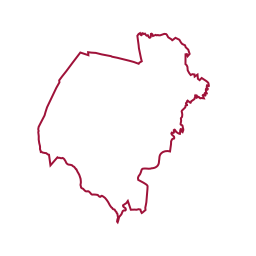 outline of Dagda, Dagdas, Latvia, rotated 72°
{"feature_id": "27541924B81677666502993", "entity_name": "Dagda", "entity_type": "district", "adm_level": 2, "iso_a3": "LVA", "parent_name": "Latvia", "parent_adm1": "Dagdas", "projection": "equal_earth", "projection_center": [27.535, 56.098], "detail": "fine", "context": "isolated", "style": "outline", "palette": "rose", "viewbox_px": 256, "rotation_deg": 72, "n_neighbors": 0, "source": "geoboundaries", "source_scale": "gbopen_adm2", "svg_char_len": 5728}
<svg xmlns="http://www.w3.org/2000/svg" viewBox="0 0 256 256"><g transform="rotate(72 128 128)"><path d="M123.8,218.3L123.8,217.7L124.8,217.0L125.8,215.3L126.7,213.5L128.4,212.4L129.0,211.4L139.6,213.3L134.1,204.2L134.6,203.8L134.8,203.6L134.9,203.1L135.3,202.1L135.6,201.7L135.9,201.3L136.1,200.9L136.2,200.3L136.3,200.1L136.3,199.4L137.3,198.6L138.1,198.2L138.8,198.1L139.6,197.8L142.4,197.4L143.1,197.0L143.7,196.7L144.4,195.9L145.3,194.0L146.2,192.7L147.1,192.3L147.7,191.8L148.3,191.2L150.2,190.5L151.0,190.3L151.2,189.9L151.5,189.8L152.2,189.8L154.2,189.5L155.5,189.2L156.7,189.0L156.9,188.9L158.1,188.8L159.6,188.8L160.7,188.8L161.7,188.8L163.6,189.2L164.4,189.4L165.1,189.6L166.0,190.0L167.3,190.7L167.5,190.8L167.8,190.8L168.4,190.8L169.3,190.9L169.7,191.0L169.9,190.9L170.4,190.9L170.7,190.8L170.8,190.7L171.0,190.5L171.3,190.2L171.6,189.8L172.0,189.5L172.3,189.3L172.8,189.1L173.6,188.7L174.4,188.3L174.6,188.1L174.8,188.0L175.0,187.8L175.2,187.6L175.4,187.1L175.5,186.9L175.6,186.7L175.7,186.4L175.7,186.2L175.7,185.8L175.7,185.7L175.8,185.5L175.9,185.4L176.0,185.2L176.3,184.9L176.7,184.6L177.5,184.2L178.1,183.9L179.2,183.5L179.4,183.4L179.6,183.3L179.8,183.1L180.1,182.9L180.2,182.7L180.3,182.5L180.5,181.8L180.7,181.2L180.8,180.7L181.1,180.1L181.3,179.5L181.6,178.9L182.3,177.5L183.8,176.8L184.1,176.6L184.4,176.4L184.6,176.2L184.8,175.9L184.9,175.5L184.8,175.1L184.5,174.7L184.3,174.4L184.3,174.2L184.5,173.7L185.0,173.2L185.6,172.7L187.3,171.5L188.0,171.2L190.1,170.4L192.2,169.8L194.3,169.4L195.1,169.3L195.9,169.1L196.7,168.9L197.6,168.6L198.6,168.2L199.1,167.7L199.9,167.6L200.4,167.4L200.7,167.1L201.4,166.0L201.8,165.9L203.4,165.5L204.0,165.2L204.3,165.0L205.5,165.0L206.1,164.6L210.2,165.2L210.7,165.4L211.1,165.9L212.2,166.6L212.6,166.7L212.8,166.9L213.3,167.2L213.7,167.3L214.5,167.0L213.6,166.3L209.9,163.9L208.1,161.0L205.4,158.7L205.1,157.5L205.6,156.1L205.2,155.4L204.6,155.2L203.6,155.2L201.6,156.6L200.6,156.8L200.0,156.6L198.8,152.5L197.5,151.0L197.3,150.7L206.6,150.6L207.6,147.1L208.4,145.0L208.5,143.0L209.4,141.4L210.9,141.5L211.8,141.4L212.7,141.3L213.1,141.2L212.9,140.4L211.4,136.7L209.2,136.2L206.9,134.9L204.3,133.5L191.9,128.3L189.5,127.4L189.2,127.4L188.8,127.4L188.3,127.6L188.0,127.7L187.8,127.8L186.7,128.6L184.8,130.2L180.5,134.3L178.7,134.0L177.9,133.5L177.0,132.7L176.4,131.9L175.9,131.1L175.5,130.7L174.6,129.9L173.6,129.1L172.2,128.2L171.9,127.8L171.4,127.2L171.3,126.8L171.3,126.4L171.5,125.4L171.9,124.0L172.4,122.7L172.9,121.5L173.2,120.7L173.4,119.9L173.6,119.1L173.6,118.1L173.9,116.8L174.0,115.5L174.0,114.7L173.9,113.8L173.5,112.5L173.3,112.0L173.0,111.5L172.6,111.0L172.3,110.6L171.7,110.1L171.0,109.6L170.0,109.1L168.8,108.6L167.6,108.0L165.7,107.2L164.7,106.7L163.6,105.9L162.6,104.7L162.1,103.6L161.7,102.4L161.6,101.1L161.6,99.9L161.7,99.3L162.2,97.3L163.3,95.3L156.7,92.1L154.0,91.1L152.5,89.7L152.1,89.0L152.3,87.6L151.8,87.1L150.5,86.9L149.2,87.5L148.1,88.2L147.5,88.4L146.5,88.4L145.9,87.7L146.5,86.8L146.7,86.1L146.1,85.5L145.4,85.3L144.2,85.1L143.9,84.4L144.2,84.0L145.4,83.6L146.4,83.5L148.5,81.9L149.4,80.9L149.6,80.4L146.5,79.1L145.5,78.4L145.3,78.2L145.4,77.9L145.6,77.7L145.9,77.7L147.1,78.2L147.8,78.1L148.8,77.4L147.3,76.2L146.3,75.8L144.5,75.7L143.1,75.5L142.5,75.5L142.2,75.6L141.5,76.4L141.1,76.7L140.6,76.8L137.5,75.2L137.0,75.1L135.4,74.8L135.0,74.6L134.4,73.5L133.4,72.8L131.9,72.2L130.0,71.9L129.0,71.9L128.6,71.7L128.1,71.3L126.1,67.2L124.5,66.3L124.3,65.7L124.5,65.0L124.5,64.8L124.0,64.7L123.5,65.0L122.7,65.3L122.3,65.2L121.2,63.2L120.7,63.4L120.4,62.8L122.9,61.2L123.3,60.7L122.0,59.4L121.9,58.8L121.0,55.9L119.9,55.2L119.6,54.7L119.3,54.5L118.7,54.3L118.3,54.3L118.0,54.2L117.9,54.1L118.2,54.0L119.9,53.9L120.2,53.7L119.8,53.3L118.2,52.9L118.2,52.7L119.2,52.4L119.5,52.4L119.9,52.6L120.2,52.7L120.3,52.6L120.4,52.3L120.4,52.0L120.3,51.6L120.2,51.3L120.5,51.0L120.9,50.7L121.5,50.5L121.9,50.3L122.1,50.1L122.1,49.2L122.9,47.4L123.1,47.0L123.3,46.6L123.2,46.6L122.2,46.9L121.3,46.6L121.1,46.6L120.7,46.7L120.2,46.9L119.9,46.7L119.8,46.4L119.8,46.2L120.0,45.9L120.2,45.6L120.7,44.8L121.0,44.6L121.0,44.4L120.9,44.3L120.5,44.3L120.1,44.5L119.6,44.8L119.4,44.8L119.0,44.5L118.7,44.3L118.5,44.1L118.5,43.9L118.9,43.3L119.5,42.7L119.5,42.4L119.3,42.4L118.9,42.4L118.2,42.5L117.3,42.6L116.0,42.2L115.3,42.0L115.0,41.8L115.0,41.6L115.5,41.2L116.1,40.8L116.1,40.6L115.9,40.3L115.6,40.1L115.4,40.0L115.0,40.1L114.2,40.5L113.7,40.6L113.0,40.3L112.4,40.0L111.8,39.7L111.9,39.4L112.3,39.0L113.0,38.5L113.1,38.3L113.0,38.1L111.3,37.8L110.0,37.7L109.2,38.0L107.7,38.9L103.2,42.5L104.6,45.1L102.8,46.3L98.7,45.4L99.7,48.7L97.6,48.3L96.7,50.2L97.0,52.0L94.7,52.8L91.6,53.4L88.3,52.6L86.5,52.8L85.0,53.6L75.7,50.5L75.9,49.2L78.2,49.1L76.6,46.5L72.1,46.5L69.0,48.2L67.0,48.2L64.8,50.5L63.1,51.2L59.9,51.9L56.9,55.0L57.9,57.7L58.2,58.8L57.1,59.3L54.2,61.7L51.2,62.3L50.4,62.8L49.7,64.4L49.8,68.7L49.4,70.1L48.8,70.8L48.8,71.7L48.6,72.3L48.0,72.8L48.2,75.8L46.4,75.9L45.6,76.4L45.6,77.1L48.2,78.1L48.8,78.8L48.9,79.4L48.2,80.1L46.7,80.3L45.9,80.5L46.1,81.4L45.9,81.8L44.9,82.3L43.5,82.7L43.5,84.0L42.4,84.7L42.3,85.3L42.5,85.5L43.5,86.1L43.9,86.4L43.9,86.7L43.0,87.3L41.5,87.3L41.9,88.9L43.2,90.6L53.0,92.4L54.2,92.7L55.7,93.0L65.6,94.1L68.8,94.3L69.4,97.0L70.2,98.0L67.0,102.1L64.5,105.9L57.9,116.5L55.3,121.1L54.4,122.0L49.8,130.4L46.6,135.5L45.1,139.3L43.6,142.5L46.5,143.2L41.5,150.0L48.7,160.4L55.0,169.3L58.5,174.6L61.4,178.7L63.4,179.1L67.7,183.8L83.3,198.6L87.3,201.5L90.3,203.5L96.3,209.6L99.3,212.6L101.3,213.7L102.5,213.9L103.2,213.9L104.1,214.6L108.1,215.4L111.4,216.5L115.0,217.1L117.9,217.3L118.8,217.5L119.8,217.8L120.3,218.0L120.9,218.2L121.6,218.2L122.4,218.2L123.2,218.2L123.8,218.3Z" fill="none" stroke="#9f1239" stroke-width="2"/></g></svg>